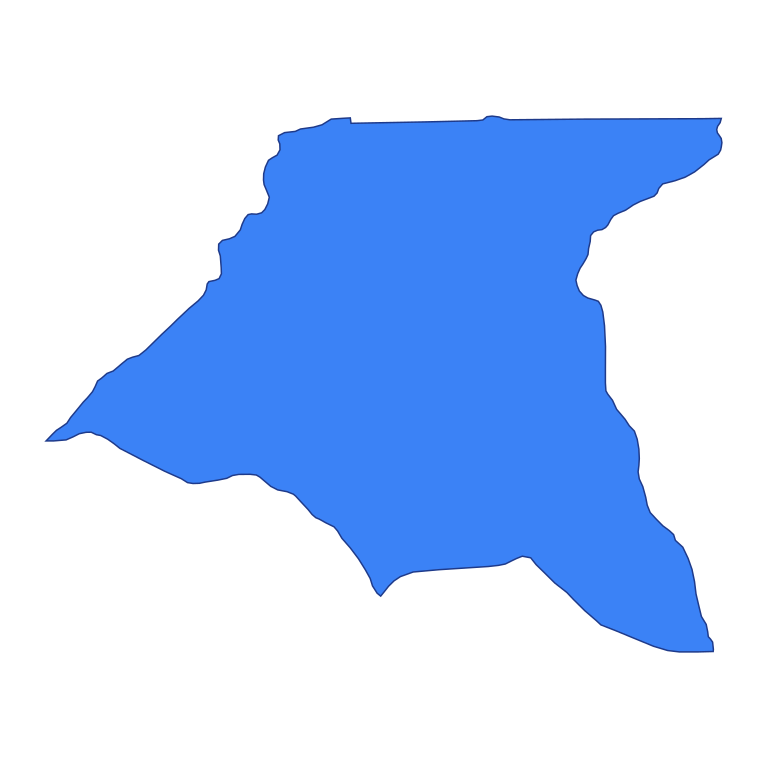 Abanga-Bignè, Moyen-Ogooué, Gabon (Robinson projection)
{"feature_id": "22940354B65697742744176", "entity_name": "Abanga-Bignè", "entity_type": "district", "adm_level": 2, "iso_a3": "GAB", "parent_name": "Gabon", "parent_adm1": "Moyen-Ogooué", "projection": "robinson", "projection_center": [10.966, -0.21], "detail": "fine", "context": "isolated", "style": "filled", "palette": "blue", "viewbox_px": 768, "rotation_deg": 0, "n_neighbors": 0, "source": "geoboundaries", "source_scale": "gbopen_adm2", "svg_char_len": 3028}
<svg xmlns="http://www.w3.org/2000/svg" viewBox="0 0 768 768"><path d="M46.1,440.9L53.8,440.9L66.1,439.9L73.2,436.8L79.3,433.7L86.1,432.3L91.2,432.2L96.4,434.7L100.7,435.5L107.7,439.2L114.3,443.9L119.9,448.4L143.5,460.6L164.8,471.3L181.3,478.7L187.5,482.6L193.0,483.5L199.5,483.3L205.1,482.1L217.9,480.1L226.8,478.3L232.5,475.5L238.8,474.4L250.0,474.3L256.3,475.0L259.9,477.1L270.8,486.4L277.7,489.9L287.1,491.7L293.4,494.2L295.7,496.1L300.8,501.7L307.9,509.3L312.1,514.5L315.8,517.7L319.2,519.1L326.0,522.9L334.0,526.8L337.6,531.0L341.9,538.3L350.2,547.8L358.5,558.8L365.3,569.7L370.2,578.5L372.5,585.9L377.2,593.3L380.7,596.1L384.2,591.8L388.6,586.2L394.1,580.8L400.4,576.6L413.2,572.0L438.9,569.7L488.3,566.5L498.3,565.4L505.3,564.0L511.1,561.1L516.5,558.5L522.3,556.2L530.7,557.8L536.1,564.6L544.2,572.5L554.9,583.1L566.9,592.5L573.6,599.6L584.8,610.7L596.3,620.6L600.9,624.9L615.0,630.4L632.7,637.7L653.6,646.3L667.6,650.5L679.2,651.9L698.2,651.9L713.2,651.5L713.4,649.5L712.6,642.1L710.5,639.1L708.3,636.7L707.7,631.8L706.2,624.4L701.4,616.5L698.8,605.8L696.0,593.9L694.5,581.5L692.0,569.4L688.1,558.4L682.8,547.2L675.4,540.4L673.6,534.6L669.4,530.7L662.8,525.8L656.5,519.4L650.2,512.6L647.2,505.1L645.7,497.2L642.8,486.6L639.3,479.0L638.1,471.9L638.9,465.3L639.3,458.5L638.9,449.2L637.2,439.2L634.4,431.1L629.3,425.8L625.0,419.2L616.6,409.3L612.5,400.3L607.8,394.2L605.9,390.8L605.4,383.0L605.4,369.7L605.5,346.5L604.5,325.7L602.8,312.0L600.9,305.3L598.3,301.3L595.1,300.1L587.8,298.0L583.4,295.5L579.4,291.1L577.1,285.5L575.9,280.1L577.7,273.7L580.1,268.2L583.1,263.7L586.1,258.6L588.0,254.5L588.6,248.5L590.2,241.5L590.6,235.6L593.6,231.9L597.6,230.2L602.0,229.6L605.6,227.5L607.8,225.0L610.8,219.4L613.5,215.7L618.0,213.3L625.7,210.1L633.2,205.0L640.3,201.4L654.0,196.2L657.1,193.0L658.8,188.4L662.7,183.9L675.1,180.7L685.3,177.1L694.6,171.9L704.0,164.5L709.0,159.9L718.2,154.2L720.6,150.1L721.3,146.9L721.9,142.7L721.2,138.4L719.0,135.1L717.4,132.9L716.7,129.6L717.6,126.3L720.1,122.7L721.3,118.4L702.0,118.7L585.3,119.1L509.9,119.8L503.9,118.9L499.2,117.0L492.1,116.1L486.9,116.7L482.8,120.0L476.9,120.7L426.3,121.9L351.0,123.3L350.3,117.9L343.0,118.3L331.2,119.1L326.2,122.2L322.0,124.8L313.5,127.2L300.5,129.0L295.3,131.4L284.6,132.6L278.5,135.7L278.2,140.0L279.8,143.9L280.0,149.8L277.1,155.1L272.1,157.9L268.5,160.3L265.4,167.0L263.7,173.7L263.5,180.0L264.1,184.6L266.3,189.8L269.3,197.2L267.7,203.9L264.8,209.6L261.6,212.8L256.7,214.2L251.5,213.9L248.1,214.6L244.8,218.5L242.1,224.4L240.3,229.9L234.9,236.4L229.3,238.8L222.4,240.4L218.7,244.1L218.5,250.2L220.3,255.9L221.2,267.7L221.4,273.8L219.1,278.6L215.1,280.3L208.9,281.6L207.2,284.0L206.2,289.9L203.5,295.2L198.1,300.9L189.2,308.3L177.6,319.2L170.7,326.0L161.8,334.3L145.8,350.0L138.9,355.5L132.5,357.2L127.3,359.2L122.3,363.3L113.2,371.0L107.0,373.4L101.5,378.2L97.6,381.0L95.2,386.5L92.5,391.7L87.3,397.9L83.2,402.2L76.0,411.0L70.6,417.5L66.9,423.2L61.1,427.3L56.5,430.3L52.3,434.4L46.1,440.9Z" fill="#3b82f6" stroke="#1e3a8a" stroke-width="1.5"/></svg>